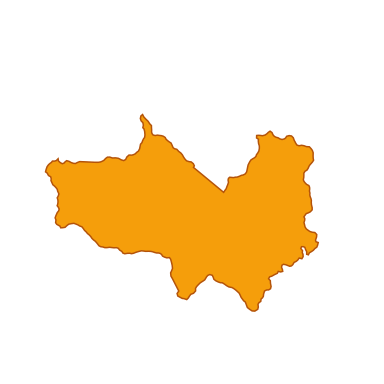 Sucupira, Tocantins, Brazil, rotated 304°
{"feature_id": "56859067B48445419523046", "entity_name": "Sucupira", "entity_type": "district", "adm_level": 2, "iso_a3": "BRA", "parent_name": "Brazil", "parent_adm1": "Tocantins", "projection": "albers", "projection_center": [-48.827, -12.089], "detail": "fine", "context": "isolated", "style": "filled", "palette": "amber", "viewbox_px": 384, "rotation_deg": 304, "n_neighbors": 0, "source": "geoboundaries", "source_scale": "gbopen_adm2", "svg_char_len": 5075}
<svg xmlns="http://www.w3.org/2000/svg" viewBox="0 0 384 384"><g transform="rotate(304 192 192)"><path d="M133.7,311.3L135.8,309.5L137.8,309.4L139.7,310.2L141.9,309.1L143.7,309.6L145.4,309.5L147.5,308.4L150.5,307.5L152.6,308.7L153.7,310.3L155.7,311.2L157.9,310.4L160.1,308.2L162.3,306.5L162.9,304.0L165.1,303.8L166.8,305.2L169.8,306.7L172.3,308.2L174.4,307.9L175.3,310.2L176.9,311.6L178.3,310.3L179.6,308.4L181.5,307.5L183.2,308.2L184.2,310.6L184.7,312.9L185.1,314.6L186.4,315.8L188.2,316.2L190.7,316.0L192.6,317.1L194.5,317.7L197.2,317.8L198.1,320.4L200.5,320.3L202.5,318.8L203.3,317.4L205.2,316.4L206.0,313.8L207.9,313.4L208.9,314.8L209.2,316.5L207.8,318.4L206.6,320.5L204.5,321.9L205.0,323.6L207.2,323.3L209.5,324.4L211.6,325.2L213.9,325.5L216.0,326.3L218.0,325.9L220.7,324.9L220.1,322.6L221.2,321.3L224.4,320.4L226.5,319.2L227.1,316.5L225.9,314.2L225.2,311.9L225.2,309.5L225.3,307.4L226.3,305.2L227.9,303.5L229.3,301.9L231.4,301.3L232.9,300.5L234.0,298.7L235.9,298.7L238.0,298.8L239.9,300.2L241.8,301.2L244.4,301.6L246.2,300.4L248.2,298.2L250.2,296.6L251.6,295.8L252.9,294.5L254.3,292.5L255.4,291.3L257.0,290.4L258.5,288.8L260.3,287.9L261.7,286.8L262.7,285.3L262.4,282.7L262.9,280.4L263.5,278.7L264.5,277.4L266.6,276.5L268.7,275.2L270.1,274.2L272.4,274.1L274.5,275.1L276.8,275.0L278.8,274.6L280.6,274.6L282.6,274.9L284.6,275.1L286.4,275.0L287.5,273.8L289.5,272.3L292.3,270.5L293.8,268.5L294.5,266.6L295.1,264.0L293.6,261.5L293.0,259.0L292.0,256.7L290.2,254.9L289.6,252.8L290.4,250.8L291.2,249.4L292.0,247.8L293.6,245.7L294.1,243.2L293.1,241.0L291.1,239.3L289.1,239.4L287.6,238.8L285.9,237.3L285.2,235.3L285.1,233.1L284.3,230.8L284.2,229.1L284.7,227.2L286.0,225.1L286.1,222.7L284.1,221.9L282.4,221.6L280.2,220.8L278.1,219.0L277.1,217.0L276.1,215.3L275.0,214.0L272.9,215.3L272.9,217.6L271.4,218.4L269.4,220.1L267.9,222.0L265.9,223.4L263.4,224.5L261.1,224.7L259.0,224.6L257.2,225.1L255.4,224.7L253.6,223.8L251.4,222.9L248.9,223.0L245.8,223.4L244.0,224.1L242.1,224.9L240.4,225.6L238.9,226.1L236.7,226.0L234.7,224.9L233.4,223.6L231.7,222.6L229.6,221.1L228.5,219.6L227.1,218.3L226.3,216.8L225.3,215.0L223.7,214.6L222.1,215.2L220.3,216.9L217.7,217.6L215.7,218.0L213.8,218.5L212.1,218.4L209.4,218.4L213.2,179.5L215.0,179.3L216.2,177.3L216.5,174.6L215.5,172.5L214.8,170.0L215.5,167.3L216.3,165.4L217.4,163.3L218.1,160.9L218.2,158.4L218.9,155.5L218.1,153.3L218.2,151.5L219.6,149.4L220.9,147.2L220.8,145.5L220.9,143.5L221.2,141.1L222.2,139.3L222.2,137.1L221.6,135.1L220.7,133.4L219.8,131.5L218.3,130.0L217.5,128.0L218.1,126.1L219.2,124.9L220.8,123.9L222.6,122.5L224.4,121.2L224.9,118.8L226.1,116.0L226.6,113.0L227.3,110.1L228.6,107.7L226.5,107.1L224.0,108.1L222.5,110.1L222.0,112.5L220.2,114.3L217.8,115.3L217.4,117.0L215.7,118.9L213.0,121.1L210.7,122.2L208.9,122.1L206.8,122.4L205.0,122.9L202.8,122.6L200.7,123.5L198.5,124.4L195.9,124.7L194.0,124.0L191.9,123.6L190.2,122.6L188.9,121.5L187.4,119.1L184.6,118.4L181.9,118.8L179.9,117.9L179.1,115.4L178.8,112.2L177.6,109.6L175.7,107.0L175.0,104.4L173.6,102.4L171.4,101.6L169.1,101.3L167.3,100.4L165.7,99.3L164.2,97.7L163.2,96.2L162.1,94.5L154.4,81.9L152.4,80.5L150.4,79.4L149.4,77.5L148.8,75.2L148.7,73.1L147.9,70.6L146.3,70.0L144.3,69.7L142.9,68.6L142.7,66.3L143.0,64.0L144.7,62.4L142.1,61.9L140.6,60.6L139.6,59.0L137.9,58.9L136.4,58.3L134.5,57.8L132.0,57.7L129.3,58.4L126.8,59.3L126.7,61.4L125.4,63.8L125.6,66.3L124.2,67.9L122.6,68.7L121.5,70.5L120.2,72.6L120.0,74.8L119.5,77.0L118.8,78.9L117.6,80.1L116.0,82.7L113.7,83.4L111.8,83.5L110.5,85.2L108.8,86.5L107.0,87.4L105.2,87.9L104.7,89.5L103.6,91.4L101.7,92.0L99.6,91.8L96.3,92.4L94.0,93.0L92.8,94.8L90.3,96.1L89.6,97.9L89.7,99.8L89.9,101.5L88.9,103.2L90.1,104.8L91.7,106.5L94.3,107.1L96.4,107.8L98.3,109.7L100.0,111.6L100.6,114.1L101.0,116.1L101.0,117.8L101.6,120.1L100.9,122.4L100.1,124.3L99.7,126.8L99.1,128.6L99.0,130.4L98.5,132.8L97.6,135.0L97.2,137.2L97.1,139.3L96.6,141.3L96.0,143.2L95.4,144.9L95.6,146.9L96.6,148.9L97.1,150.8L98.4,152.7L100.1,154.6L100.9,156.2L102.1,158.5L103.6,160.5L104.1,162.2L103.4,164.6L103.5,167.1L102.7,168.9L103.2,170.8L105.0,172.7L106.4,174.6L107.0,176.3L108.5,177.8L110.6,179.2L112.9,181.1L115.0,183.0L116.0,184.9L116.9,186.8L118.5,189.0L119.8,191.2L120.5,193.0L121.0,194.9L121.7,196.8L122.7,198.3L123.3,200.0L123.2,201.7L122.4,203.4L122.6,205.4L123.3,207.9L125.0,210.0L124.3,211.9L123.2,213.2L121.9,214.7L120.1,216.6L117.7,218.6L115.0,219.2L113.0,219.5L110.5,221.6L109.3,224.1L102.5,236.4L99.5,236.4L97.8,238.4L98.1,241.4L98.3,243.4L99.1,244.9L99.9,247.8L102.0,248.2L104.3,248.1L106.5,248.2L108.9,249.9L112.0,250.3L114.1,248.8L116.2,248.7L118.8,249.1L121.2,249.6L122.7,250.2L124.5,251.0L126.3,251.7L128.3,251.6L130.0,251.5L131.8,251.8L133.5,252.9L134.3,255.4L133.1,257.4L131.9,258.9L131.7,261.3L132.1,264.1L132.7,266.3L133.7,267.9L133.8,270.5L133.7,273.1L133.9,275.6L135.2,278.7L135.3,281.2L135.2,283.1L134.9,285.2L134.5,287.7L133.3,289.8L132.1,291.7L131.4,293.7L130.7,295.6L130.6,297.7L129.5,299.3L128.4,300.8L127.2,302.5L127.0,305.0L127.0,308.3L128.4,310.7L131.5,312.1L133.7,311.3Z" fill="#f59e0b" stroke="#b45309" stroke-width="1.5"/></g></svg>